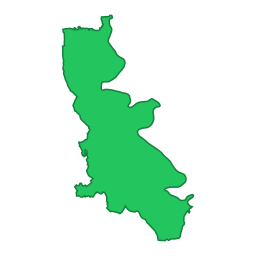 My Duc, Ha Noi, Vietnam
{"feature_id": "81297802B48632704069528", "entity_name": "My Duc", "entity_type": "district", "adm_level": 2, "iso_a3": "VNM", "parent_name": "Vietnam", "parent_adm1": "Ha Noi", "projection": "mercator", "projection_center": [105.721, 20.697], "detail": "fine", "context": "isolated", "style": "filled", "palette": "green", "viewbox_px": 256, "rotation_deg": 0, "n_neighbors": 0, "source": "geoboundaries", "source_scale": "gbopen_adm2", "svg_char_len": 5733}
<svg xmlns="http://www.w3.org/2000/svg" viewBox="0 0 256 256"><path d="M62.6,46.1L62.8,51.2L62.7,54.4L63.0,57.3L63.6,60.7L63.6,61.6L63.3,62.5L63.5,65.4L63.0,68.0L63.0,69.1L63.1,69.6L64.0,71.0L63.7,72.4L63.7,74.0L64.6,76.3L65.3,79.2L65.9,80.7L66.5,81.6L67.3,83.6L67.6,85.3L69.1,88.1L69.9,89.2L70.2,90.5L70.4,90.8L72.5,92.1L77.1,96.7L75.2,100.1L73.0,105.5L74.2,108.4L74.8,110.8L75.1,111.1L75.9,111.3L77.2,112.8L79.2,114.4L79.5,114.9L80.0,115.6L80.3,118.0L81.1,119.3L82.9,121.3L84.8,122.8L86.1,124.3L89.1,127.0L88.7,127.8L88.8,128.3L89.8,129.5L89.8,129.8L89.0,131.1L88.4,133.2L87.4,133.3L87.6,136.1L87.1,139.2L86.9,139.5L85.3,139.7L83.9,141.0L81.4,142.4L79.0,142.1L78.8,142.5L79.1,143.6L79.8,145.3L79.4,146.1L79.8,146.5L80.2,146.7L81.8,150.1L82.6,151.0L81.6,152.8L82.6,155.5L83.5,155.2L84.1,156.6L85.0,156.1L84.8,155.3L85.5,155.3L85.6,153.2L85.0,153.2L85.3,149.7L86.1,150.1L87.0,151.7L87.0,155.5L87.4,156.6L87.8,157.5L87.8,158.0L87.6,158.4L87.0,158.9L86.5,159.2L87.0,161.2L87.6,162.4L88.0,163.0L87.3,164.5L88.3,165.5L88.5,166.1L88.3,167.1L87.5,169.0L86.7,170.5L86.7,170.9L87.0,172.1L87.5,173.0L88.1,174.6L88.6,175.3L89.1,175.8L89.4,176.4L91.3,177.2L93.0,178.4L90.6,180.8L91.6,182.5L88.7,185.0L86.5,186.4L86.3,186.5L85.6,185.3L85.4,185.2L83.4,185.9L83.0,185.9L82.4,185.8L81.9,184.9L81.5,183.5L80.7,183.2L80.0,183.3L79.4,184.9L78.7,185.7L77.1,185.5L76.4,184.9L74.7,186.7L76.5,189.7L77.3,190.6L77.3,191.3L76.7,191.7L76.2,192.4L76.5,193.5L76.5,195.0L76.8,196.1L78.4,195.8L79.1,195.9L80.5,196.9L82.6,197.1L83.9,196.3L85.2,196.9L85.7,196.7L86.0,196.2L85.9,196.1L87.4,196.5L88.5,195.9L89.0,195.8L89.3,195.8L89.5,196.0L89.8,196.9L90.1,197.1L91.1,196.6L91.7,196.6L92.9,197.0L93.2,196.9L93.6,196.3L94.3,194.8L96.2,192.5L96.5,192.7L97.4,192.1L100.0,193.6L101.3,193.8L102.1,193.4L102.6,192.1L103.5,192.4L104.6,192.4L106.9,197.3L106.9,198.1L106.6,199.2L106.9,200.3L106.6,201.6L107.5,202.2L107.9,202.7L107.7,203.2L107.1,203.8L107.1,204.2L107.9,205.7L107.9,206.2L107.1,207.4L106.8,207.9L106.9,208.3L107.9,209.3L108.8,210.0L109.2,210.6L109.7,210.9L110.2,211.6L112.4,211.3L118.3,212.8L119.7,213.6L121.8,212.4L124.7,207.6L125.4,206.0L125.8,207.0L127.2,208.5L128.3,209.9L129.8,210.9L132.1,211.6L135.1,211.9L136.7,210.9L138.4,211.8L138.9,212.3L139.5,213.2L140.2,215.1L141.4,217.2L142.8,218.4L145.2,219.4L146.4,221.0L146.6,222.0L147.3,223.0L148.4,223.9L155.1,231.0L156.0,233.1L157.0,234.6L157.6,236.5L158.1,240.0L158.3,240.2L159.7,240.4L164.9,240.6L165.3,240.5L166.6,239.3L167.0,239.2L168.5,240.3L168.9,240.4L170.1,239.4L171.7,238.9L175.3,238.9L176.8,238.5L179.0,238.1L179.5,237.7L180.1,236.6L180.4,235.7L180.6,233.6L181.3,231.3L182.6,226.1L184.3,224.2L184.4,223.6L184.5,222.8L183.7,220.8L183.9,218.8L183.9,217.5L184.1,216.3L187.4,211.0L188.1,211.2L188.5,212.5L189.2,212.8L189.8,211.4L188.6,210.0L189.7,208.6L190.8,208.0L190.7,207.7L191.1,207.4L191.3,207.7L192.3,206.8L190.0,205.9L188.5,204.5L187.6,203.0L187.5,202.1L187.7,201.5L187.9,200.9L189.1,199.7L191.9,197.8L193.0,196.8L193.3,196.3L193.4,195.1L193.1,194.8L191.6,194.7L188.9,195.7L187.1,197.0L186.3,198.1L185.8,199.4L185.0,200.0L183.3,200.4L181.2,200.4L180.1,200.1L179.7,199.8L178.0,198.2L176.9,197.4L174.2,196.2L172.4,195.7L170.2,194.6L169.4,193.9L168.5,192.5L167.6,191.6L166.7,191.0L165.0,190.4L164.6,189.5L165.6,188.5L166.8,187.9L169.4,187.3L173.5,187.1L177.1,187.2L178.6,186.9L180.4,186.2L181.5,185.4L184.9,182.5L185.5,181.5L185.9,180.2L186.0,178.5L185.9,177.8L185.2,175.9L184.8,175.2L184.2,174.5L182.6,173.7L178.8,172.3L176.2,170.3L175.0,168.9L172.5,165.3L170.5,161.9L169.9,161.1L167.8,159.0L164.9,156.6L161.1,152.3L159.6,151.1L157.6,149.6L148.6,143.5L144.9,140.2L139.7,136.3L138.3,134.7L137.8,133.9L137.6,132.9L137.6,130.9L138.2,130.1L139.7,129.1L142.1,128.3L143.7,128.0L146.6,127.7L148.1,127.2L149.9,126.1L151.4,124.6L151.9,123.9L153.1,121.5L153.7,119.6L153.7,116.8L153.0,111.5L153.2,110.4L154.0,108.9L155.4,107.6L157.0,106.9L159.2,106.6L159.6,106.3L160.1,105.8L160.0,105.2L159.5,104.0L158.1,102.4L157.5,102.0L152.3,98.8L151.9,98.8L151.5,98.8L148.6,100.7L147.3,101.4L141.8,101.9L139.7,102.2L138.2,102.7L136.5,103.4L132.7,106.6L130.9,107.4L129.7,107.4L128.3,106.8L128.1,106.3L128.2,105.7L128.7,104.6L130.1,102.8L130.4,101.7L130.4,100.2L129.4,95.9L128.8,95.1L128.0,94.3L125.7,93.3L122.9,92.9L118.9,91.6L115.3,91.0L112.8,90.2L108.2,89.5L105.2,89.4L102.5,90.3L101.8,90.0L101.6,89.6L101.2,87.4L101.3,86.3L101.7,83.3L102.0,82.5L102.9,81.9L103.2,81.9L107.4,81.8L109.2,81.5L112.9,79.3L115.4,77.5L116.1,76.9L116.8,75.7L122.0,69.6L123.5,67.6L124.4,65.4L125.0,63.0L124.9,62.0L124.6,60.7L123.7,59.4L122.8,58.7L119.3,56.8L117.2,55.0L116.3,53.8L115.2,51.2L113.4,49.2L109.9,44.5L108.1,41.8L108.0,41.3L108.1,40.3L110.2,35.2L110.7,33.5L111.4,31.8L111.7,30.3L111.7,28.8L111.4,27.9L110.0,25.7L109.8,25.1L109.5,24.1L109.2,21.2L109.3,19.9L109.6,19.3L110.5,18.7L111.9,18.4L112.3,17.9L112.4,17.6L112.3,17.1L111.7,15.4L109.8,15.4L109.5,16.5L101.5,17.0L101.7,18.1L101.3,18.3L101.1,18.8L102.2,21.8L102.5,23.7L102.8,23.7L103.2,24.5L102.9,24.7L102.5,25.2L102.5,26.1L102.3,26.3L102.0,26.1L101.6,26.6L101.7,27.4L101.6,27.7L99.9,27.9L99.8,28.6L100.0,29.2L99.7,30.0L99.3,30.3L96.9,30.5L94.4,30.4L94.1,29.8L92.6,29.9L92.5,28.7L89.3,28.7L89.5,30.0L88.6,30.0L88.5,29.0L88.0,28.9L87.8,28.6L87.4,28.4L85.6,28.4L85.4,28.5L85.1,28.7L84.9,28.4L83.8,28.4L82.7,28.1L82.4,28.2L82.0,28.7L81.7,28.9L81.4,28.9L80.4,27.3L79.1,26.5L78.9,26.6L78.8,26.8L79.4,27.6L79.5,28.5L79.2,28.5L78.6,27.2L78.0,27.3L78.4,28.3L78.5,29.0L78.1,29.6L77.8,29.8L76.7,29.5L75.5,28.2L74.5,27.7L74.2,28.0L74.3,28.2L75.1,28.6L75.3,29.0L75.4,29.4L75.2,29.7L74.3,29.7L72.3,28.9L69.8,28.3L68.4,28.6L66.6,28.7L62.9,29.3L63.4,32.4L63.5,32.6L64.1,32.7L64.4,35.5L64.5,40.1L64.3,41.7L64.3,44.1L64.5,45.8L62.6,46.1Z" fill="#22c55e" stroke="#15803d" stroke-width="1.5"/></svg>